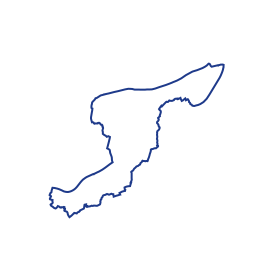 outline of Ibadan North East, Oyo, Nigeria, rotated 38°
{"feature_id": "59680162B74859155842016", "entity_name": "Ibadan North East", "entity_type": "district", "adm_level": 2, "iso_a3": "NGA", "parent_name": "Nigeria", "parent_adm1": "Oyo", "projection": "equal_earth", "projection_center": [3.928, 7.378], "detail": "fine", "context": "isolated", "style": "outline", "palette": "blue", "viewbox_px": 256, "rotation_deg": 38, "n_neighbors": 0, "source": "geoboundaries", "source_scale": "gbopen_adm2", "svg_char_len": 5859}
<svg xmlns="http://www.w3.org/2000/svg" viewBox="0 0 256 256"><g transform="rotate(38 128 128)"><path d="M164.5,19.4L164.0,19.6L163.7,19.6L162.0,21.0L160.9,22.6L160.6,23.3L160.4,23.3L160.2,23.2L156.2,28.2L155.3,28.2L154.0,27.7L153.3,27.3L153.1,27.3L152.8,27.3L152.3,27.4L151.9,27.7L151.6,30.3L150.9,32.4L149.8,34.9L146.9,39.8L144.3,43.5L143.9,44.2L141.1,50.7L139.4,56.1L138.9,57.2L137.5,60.3L136.2,62.6L135.4,63.9L134.9,64.9L133.4,67.5L131.3,70.9L127.5,76.5L125.2,80.1L123.1,82.8L122.1,83.6L121.4,84.3L121.0,84.6L119.3,85.9L117.6,87.5L109.5,93.7L107.2,94.7L104.1,96.9L102.0,99.3L97.4,105.2L95.0,108.1L91.4,112.8L89.2,115.4L89.3,115.4L86.4,119.2L84.9,123.5L84.6,124.0L84.1,124.5L84.2,124.9L84.3,126.1L84.1,128.0L84.0,128.9L84.0,129.9L84.3,130.5L84.9,131.5L85.2,132.4L86.1,133.8L86.6,134.4L86.9,134.7L87.3,134.8L88.0,134.6L89.1,136.4L89.6,137.4L92.2,142.2L92.7,142.9L93.2,143.5L96.1,145.7L96.7,145.1L97.7,144.9L98.3,145.3L98.9,145.3L99.7,144.3L101.3,143.1L101.2,142.5L102.0,141.7L103.4,141.6L104.0,142.0L105.0,142.0L105.5,141.5L106.3,141.7L106.7,142.4L107.1,142.8L107.7,142.7L108.5,143.5L108.9,144.6L109.5,145.8L110.6,146.6L111.8,148.1L113.7,148.1L115.2,147.8L116.7,148.0L117.5,146.6L119.3,146.2L119.9,147.3L121.4,150.6L123.4,155.2L124.1,156.9L125.6,156.6L126.9,156.5L127.4,156.8L129.3,158.6L132.6,160.6L133.8,161.6L134.3,162.3L135.0,163.0L135.7,163.7L137.0,164.5L136.1,167.3L134.5,173.2L133.4,176.7L132.0,180.1L131.0,182.0L129.6,184.9L129.5,185.5L129.0,185.6L125.6,192.1L125.1,193.5L124.3,196.3L124.1,198.0L124.0,200.1L124.0,205.7L123.8,208.0L123.4,209.7L122.9,211.1L122.2,212.6L121.3,214.0L120.1,215.4L118.5,216.5L116.6,217.4L114.2,217.9L111.5,218.6L109.6,219.3L107.2,220.4L105.3,221.6L105.4,222.1L105.8,222.8L106.2,224.0L106.6,224.9L107.0,225.3L107.2,225.7L107.2,226.0L106.9,227.0L107.0,227.3L107.2,227.6L107.2,228.3L107.6,229.2L108.8,229.2L109.2,229.1L109.4,229.2L109.8,231.1L109.8,231.5L110.2,232.1L110.4,232.2L110.9,232.0L111.9,231.7L112.6,231.3L112.9,231.2L113.3,232.0L113.7,232.4L114.4,232.9L114.7,233.4L114.7,234.1L114.5,235.2L114.4,235.5L114.1,235.7L114.1,236.0L114.7,236.4L115.5,236.6L117.0,236.4L118.8,236.5L119.4,236.4L120.5,236.0L120.6,235.8L120.8,235.1L120.9,233.7L120.8,232.7L122.3,232.3L123.0,232.4L123.5,232.4L123.9,232.2L124.2,232.0L124.1,231.6L124.3,231.4L124.9,231.1L125.1,230.9L125.8,229.9L126.2,229.6L126.5,229.5L127.0,230.7L127.1,230.8L128.0,230.3L128.3,230.6L128.6,232.2L128.8,232.3L129.0,232.4L129.6,232.2L131.0,231.7L131.4,231.6L131.7,231.7L132.1,231.8L132.8,232.2L133.4,232.8L134.1,233.3L135.7,234.0L136.8,234.3L137.1,233.2L137.4,232.0L137.6,230.7L137.9,228.2L138.2,228.2L138.4,227.7L138.6,227.6L139.3,227.3L140.2,226.9L140.2,225.6L140.4,225.2L140.6,224.9L140.8,224.4L141.0,224.3L141.1,223.8L141.2,223.1L140.9,222.7L141.0,222.4L142.8,218.7L142.4,217.7L141.0,215.3L141.0,215.2L142.0,214.0L142.9,215.4L143.1,215.3L143.7,214.7L144.1,215.5L144.3,215.4L145.2,214.2L146.3,213.1L147.3,211.5L147.7,211.4L148.2,211.1L148.4,210.9L148.9,210.1L151.5,208.4L152.1,207.3L152.9,205.6L152.9,205.2L152.2,203.7L151.9,203.3L151.5,203.1L151.4,202.8L151.2,202.3L150.8,201.8L150.7,201.4L150.9,200.9L150.9,200.6L150.5,199.9L150.4,199.8L150.3,199.5L150.2,199.1L150.4,198.5L150.4,198.3L150.0,197.1L150.0,196.3L150.1,196.1L150.3,195.9L150.7,195.3L151.4,194.5L151.6,194.1L151.6,193.7L152.1,192.9L152.4,192.8L153.1,192.6L153.6,192.3L154.0,192.3L154.4,191.9L155.3,190.1L156.3,189.8L156.9,189.3L157.2,189.2L157.7,189.9L158.0,190.0L158.3,190.2L159.0,190.9L160.4,188.7L161.4,187.4L162.7,185.4L162.8,185.3L161.3,184.4L161.5,184.0L162.2,182.5L162.5,181.8L163.3,180.7L163.9,179.9L164.4,179.4L164.0,178.6L163.7,178.8L163.6,178.7L161.9,177.0L162.4,175.9L163.2,174.7L164.1,173.7L165.4,172.5L165.0,171.6L164.1,169.2L163.7,169.4L163.2,167.4L162.7,166.3L162.3,165.9L161.6,165.1L158.5,161.1L158.2,160.9L157.6,160.7L157.6,160.4L157.7,159.6L158.1,158.6L158.1,158.0L158.0,156.9L157.9,156.2L158.2,154.9L158.3,154.2L158.3,153.3L158.4,153.0L159.3,151.6L159.5,150.4L160.0,149.3L159.7,148.6L159.5,148.3L159.5,148.2L159.5,147.7L159.7,147.0L159.8,145.9L159.5,145.2L159.6,144.8L160.4,144.6L161.1,144.0L162.2,143.5L162.5,142.9L162.8,142.6L163.6,142.3L163.8,142.1L163.6,141.4L163.0,140.0L162.6,138.4L161.7,136.1L161.3,135.3L160.5,133.0L159.9,131.7L159.4,131.1L159.3,130.9L159.4,130.5L159.7,130.0L160.0,129.8L160.5,129.2L161.3,127.8L161.7,127.4L162.5,126.8L162.8,125.2L162.8,124.8L163.0,124.4L163.0,124.2L162.9,123.8L162.7,123.6L162.3,123.7L162.2,123.9L161.7,123.9L161.5,123.0L160.8,122.1L160.6,121.9L160.2,121.8L159.8,121.4L159.4,120.5L158.8,119.7L158.4,119.3L157.6,118.9L157.4,118.6L157.2,118.0L156.5,117.0L156.1,116.4L155.2,115.7L154.9,115.3L154.7,114.8L153.9,113.8L153.6,113.6L153.1,112.4L153.4,110.6L153.4,110.2L153.2,109.1L153.0,108.7L152.8,108.4L152.6,108.1L152.2,107.9L151.8,108.0L151.4,107.9L151.1,107.7L150.7,107.3L150.4,107.1L150.0,106.9L149.8,106.6L149.1,106.4L148.1,106.3L147.7,106.1L147.4,105.5L147.2,105.0L147.3,104.6L147.4,104.1L147.4,103.7L147.3,103.1L147.2,102.8L146.8,102.1L146.1,102.0L145.5,101.6L145.9,99.0L145.2,98.5L144.8,96.9L144.0,95.1L143.5,94.7L143.1,94.4L142.8,94.4L142.5,94.3L142.0,94.4L140.8,94.0L140.6,91.3L140.6,89.9L141.4,90.1L141.5,88.8L141.9,85.1L142.0,84.1L142.2,83.7L142.3,83.5L142.7,83.4L143.4,82.9L143.5,82.5L143.6,80.9L144.1,80.8L144.5,80.6L146.0,79.5L147.0,77.8L147.0,77.6L146.8,77.2L147.2,75.9L148.5,74.7L148.9,74.3L149.3,74.8L149.5,74.7L150.3,73.2L150.5,72.7L150.8,72.0L151.7,72.6L153.7,73.6L154.0,73.0L154.3,72.2L154.9,69.4L155.7,69.7L156.6,70.4L157.4,68.5L157.9,68.6L159.6,69.3L160.2,70.0L161.4,70.0L161.6,70.1L162.2,70.7L162.6,70.8L163.2,70.6L163.4,70.5L163.7,70.4L164.9,70.8L165.2,70.7L165.8,70.3L166.4,70.1L166.8,69.7L168.0,68.0L169.0,66.8L170.2,64.7L171.5,61.1L172.0,56.5L171.6,51.6L169.3,32.2L168.8,29.6L168.0,26.7L167.5,25.1L167.0,23.8L166.5,22.7L166.2,22.3L166.1,21.7L164.5,19.4Z" fill="none" stroke="#1e3a8a" stroke-width="2"/></g></svg>